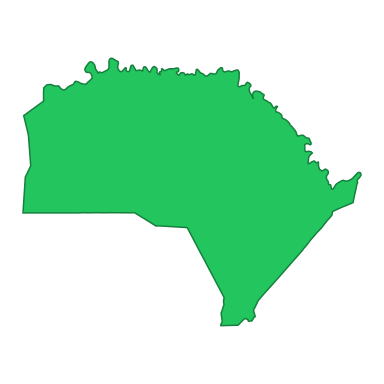 outline of Podor, Saint-Louis, Senegal
{"feature_id": "50182788B66510054428140", "entity_name": "Podor", "entity_type": "district", "adm_level": 2, "iso_a3": "SEN", "parent_name": "Senegal", "parent_adm1": "Saint-Louis", "projection": "robinson", "projection_center": [-14.416, 16.094], "detail": "fine", "context": "isolated", "style": "filled", "palette": "green", "viewbox_px": 384, "rotation_deg": 0, "n_neighbors": 0, "source": "geoboundaries", "source_scale": "gbopen_adm2", "svg_char_len": 5779}
<svg xmlns="http://www.w3.org/2000/svg" viewBox="0 0 384 384"><path d="M23.0,212.9L78.6,212.9L84.6,212.7L85.8,212.8L96.5,212.7L105.4,212.8L107.2,212.7L134.7,212.8L156.0,226.0L156.1,225.8L161.2,226.0L185.6,227.5L187.3,227.7L200.6,253.1L202.7,256.9L224.1,297.5L223.5,301.2L223.9,304.3L223.9,305.1L223.3,306.4L221.9,311.1L221.4,312.3L221.1,313.3L222.2,321.3L222.1,321.9L220.8,324.7L220.9,325.7L238.1,325.2L242.6,320.5L244.6,318.7L246.1,318.7L246.9,319.3L247.8,319.6L248.3,320.9L248.6,321.2L249.3,321.3L250.2,321.0L251.5,321.0L252.0,320.8L254.0,317.4L255.2,316.6L255.2,316.0L254.9,315.5L253.7,310.9L253.6,309.9L253.8,309.2L254.6,308.2L257.7,301.7L258.5,300.2L263.3,294.6L277.4,278.9L303.0,249.7L303.1,249.2L305.5,246.6L310.7,239.9L316.0,233.7L321.5,227.9L326.5,221.5L331.8,215.4L332.0,214.9L332.3,212.6L332.5,212.1L333.1,211.3L340.8,207.7L353.1,202.6L353.3,201.1L354.5,195.5L355.4,191.4L355.9,189.5L356.6,185.5L357.3,183.3L357.7,182.7L357.2,181.4L357.3,180.0L357.7,179.4L359.4,177.7L360.5,176.1L360.9,175.3L361.0,174.2L360.9,173.7L360.4,172.9L359.7,172.4L358.7,172.4L357.6,173.0L355.4,175.2L353.0,177.9L351.1,179.4L350.2,179.9L347.8,180.9L346.8,181.1L345.0,180.9L343.1,180.3L341.7,180.8L338.9,182.3L336.5,184.0L335.6,184.9L334.1,187.5L333.3,188.6L332.6,189.2L332.3,189.3L331.9,189.1L331.3,187.9L331.1,187.1L330.8,185.2L330.4,184.8L329.1,184.6L328.7,184.3L328.1,181.4L327.9,180.9L326.8,179.5L326.5,178.4L326.3,177.1L326.7,175.9L327.0,175.1L328.2,173.6L328.4,172.6L328.4,171.9L328.2,171.4L327.7,170.5L327.1,170.0L325.6,169.1L325.1,169.2L324.4,169.6L322.9,170.6L322.1,170.7L321.4,170.6L320.1,169.8L319.5,169.1L318.8,167.4L318.4,164.8L318.5,162.6L318.3,162.1L318.0,162.1L316.7,162.6L316.2,162.7L315.7,162.4L314.5,161.1L314.0,161.0L311.9,161.8L310.0,163.1L309.3,163.4L308.3,163.7L308.0,163.5L308.1,162.6L308.4,161.1L308.5,158.5L308.8,157.0L309.5,155.7L312.3,153.1L312.2,152.8L311.2,151.9L310.0,151.5L309.0,151.3L307.4,151.4L306.2,151.7L305.6,151.7L305.1,151.1L304.9,149.8L304.8,146.2L304.6,145.4L304.8,144.6L306.3,143.7L307.5,143.7L308.4,143.8L309.5,144.6L310.2,144.7L310.8,144.5L311.1,144.0L311.1,142.9L309.9,140.4L309.6,139.3L309.0,138.5L308.5,138.1L307.9,138.2L307.4,138.1L305.4,137.2L303.4,135.4L303.0,135.2L301.5,135.2L298.7,135.9L297.6,135.9L297.0,135.0L295.9,131.7L294.6,129.8L291.3,126.0L289.8,124.7L289.6,123.5L289.1,122.8L286.8,120.6L286.0,120.0L285.1,119.4L283.1,118.6L282.3,117.9L282.0,117.4L281.9,115.9L281.6,115.2L280.8,114.1L278.5,112.5L277.7,112.2L276.1,111.9L275.8,111.2L275.5,109.9L276.4,108.1L277.2,107.2L277.4,106.5L276.6,106.2L276.1,106.3L275.6,106.9L274.7,107.6L273.9,107.7L273.2,107.4L272.8,107.0L271.4,104.3L270.6,103.3L270.0,102.8L268.0,101.9L266.4,100.6L265.4,100.3L264.1,99.6L263.4,98.7L263.2,97.9L264.1,95.2L264.1,94.8L262.0,93.5L260.0,91.8L256.5,91.1L255.4,91.2L254.5,91.5L253.8,91.9L253.3,92.5L252.9,93.7L252.5,95.4L252.5,96.1L253.4,98.1L253.0,98.3L252.7,97.9L251.6,95.2L250.0,92.5L249.6,91.4L249.3,90.4L249.3,88.2L249.9,87.0L250.7,86.0L250.9,85.3L250.7,84.6L250.0,84.1L249.5,83.3L248.8,82.9L247.6,82.3L246.8,82.6L246.2,83.3L245.3,85.1L244.7,85.4L241.8,85.6L240.4,86.5L239.6,86.7L238.7,86.6L238.2,86.2L237.9,85.3L238.0,84.3L238.9,79.9L239.2,77.9L239.1,76.6L239.2,72.3L238.3,70.5L237.3,69.9L234.0,70.8L232.2,71.7L231.5,71.8L228.4,70.9L227.9,71.0L225.8,71.8L224.2,71.9L223.3,71.3L222.8,70.7L222.6,69.6L222.4,68.1L221.9,67.8L221.3,67.6L220.8,67.7L218.0,69.9L217.5,70.6L216.6,72.7L215.7,73.9L215.1,74.0L213.9,74.0L211.0,73.4L210.1,73.5L207.6,75.8L206.4,76.1L205.6,76.1L203.7,74.4L202.9,73.9L201.3,73.2L199.9,72.2L198.0,69.8L197.3,69.3L196.7,69.4L196.4,69.6L196.2,70.0L196.0,71.6L195.3,74.4L195.0,74.9L194.6,75.2L194.0,75.1L192.3,73.8L191.7,73.8L189.6,74.6L188.9,74.6L187.6,73.9L186.9,74.2L185.8,75.2L185.3,75.0L184.8,74.0L184.2,73.2L183.7,72.9L182.6,72.7L181.3,72.7L180.7,72.9L180.1,73.6L179.6,74.5L178.8,75.3L178.5,75.1L177.3,74.0L176.8,73.3L176.4,72.3L176.9,72.0L178.3,71.6L178.7,71.0L178.8,70.2L178.6,68.9L178.2,68.2L177.3,68.0L176.5,68.0L174.7,68.5L172.7,68.8L170.3,68.7L169.3,68.8L168.4,69.1L165.5,70.4L164.5,70.5L164.1,70.4L163.4,69.9L162.6,69.0L162.2,68.7L161.6,69.0L161.5,70.7L161.4,71.5L161.2,71.8L160.2,71.7L159.8,71.9L159.3,72.6L160.3,74.4L160.0,74.8L159.3,74.6L158.2,73.9L157.2,73.1L156.9,72.4L157.1,70.1L157.0,68.8L156.5,68.2L155.8,67.5L154.6,66.7L154.2,66.5L153.5,66.7L152.6,67.5L151.4,69.4L150.7,71.0L149.9,72.1L149.5,72.1L148.8,71.4L147.7,70.1L146.0,67.4L145.5,67.0L145.0,66.8L144.3,66.8L143.5,67.4L143.1,68.8L142.9,70.4L142.5,70.9L142.1,71.0L140.4,70.1L139.8,70.0L136.7,70.6L136.2,70.6L135.8,70.4L134.7,68.2L133.1,65.5L132.2,65.1L131.1,65.7L130.8,66.3L130.1,69.1L129.3,71.2L128.9,71.5L128.0,71.7L126.4,71.0L126.1,70.4L126.0,69.9L126.2,68.9L126.3,68.1L126.0,67.9L125.2,67.8L124.1,69.2L122.8,70.5L121.6,71.5L120.7,71.7L119.8,71.2L119.0,70.5L118.5,69.5L117.5,67.4L118.4,63.1L118.1,61.6L115.5,60.3L112.5,58.4L111.3,58.3L110.7,58.4L109.7,59.1L109.2,60.3L108.9,62.1L109.0,63.6L109.0,67.4L108.6,68.7L107.5,70.0L102.3,72.6L101.6,72.7L100.4,72.2L99.3,72.0L99.0,72.2L98.6,72.9L98.2,73.1L97.8,72.8L97.1,71.2L96.2,70.1L96.0,69.5L95.5,69.0L95.0,66.0L94.7,65.1L94.2,64.4L92.9,62.7L92.4,62.3L90.8,61.8L89.8,61.9L87.9,64.0L85.7,67.1L84.9,69.0L84.9,70.2L85.8,71.7L86.1,72.1L87.3,72.4L88.8,72.4L89.9,72.7L90.4,73.1L91.2,74.2L91.4,74.6L91.4,74.9L91.8,75.5L92.1,76.9L92.1,77.6L91.9,78.2L90.8,79.6L87.3,82.7L86.7,83.6L85.7,84.2L82.8,84.0L82.3,83.7L81.2,83.5L77.9,81.8L76.0,81.3L75.4,81.4L74.7,81.9L74.1,83.0L74.0,83.5L73.3,84.3L69.2,86.2L67.0,87.9L65.5,89.4L63.8,90.0L62.9,89.8L61.1,88.8L60.1,87.8L59.7,87.1L58.7,86.0L58.4,85.9L57.8,85.9L55.6,86.1L53.7,85.6L51.1,84.5L48.2,84.6L47.2,84.8L46.7,85.0L43.8,87.8L43.5,92.2L43.6,101.1L23.7,115.6L27.7,132.0L28.3,134.8L28.6,137.3L30.7,165.9L25.3,177.1L23.0,212.9Z" fill="#22c55e" stroke="#15803d" stroke-width="1.5"/></svg>